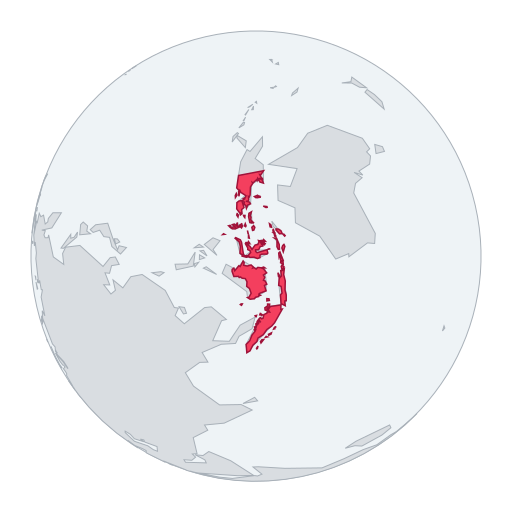 the Earth from above Indonesia, rotated 257°
{"feature_id": "IDN", "entity_name": "Indonesia", "entity_type": "country or territory", "adm_level": 0, "iso_a3": "IDN", "parent_name": "Asia", "parent_adm1": "", "projection": "orthographic", "projection_center": [119.503, -2.501], "detail": "fine", "context": "on_globe", "style": "filled", "palette": "rose", "viewbox_px": 512, "rotation_deg": 257, "n_neighbors": 0, "source": "natural_earth", "source_scale": "50m", "svg_char_len": 13326}
<svg xmlns="http://www.w3.org/2000/svg" viewBox="0 0 512 512"><g transform="rotate(257 256 256)"><circle cx="256" cy="256" r="225" fill="#eef3f6" stroke="#a8b0b8"/><path d="M444.4,313.6L444.1,315.3L443.9,315.5L444.4,313.6ZM372.3,63.1L380.8,68.7L383.1,71.6L375.9,65.4L371.5,62.7L370.8,62.7L366.2,60.1L363.2,58.9L357.8,55.9L354.0,53.3L350.4,51.6L350.1,51.9L344.5,49.7L345.5,49.4L335.8,45.8L328.5,42.7L343.6,48.4L358.2,55.2L372.3,63.1ZM468.2,182.2L466.4,177.2L467.7,180.1L468.2,182.2ZM465.1,174.3L465.8,176.0L465.2,174.6L465.1,174.3ZM464.5,173.5L465.0,174.1L464.7,173.9L464.5,173.5ZM464.0,173.0L464.3,173.2L464.0,173.0ZM462.5,170.7L462.0,170.0L462.1,169.5L462.5,170.7ZM378.3,66.8L376.9,65.9L378.3,66.8ZM363.7,59.2L365.2,60.2L363.0,59.2L363.7,59.2ZM352.8,54.0L348.8,52.5L352.2,53.6L352.8,54.0ZM346.0,51.3L336.4,48.3L338.9,50.0L326.4,44.2L338.7,48.3L342.5,49.1L342.8,49.8L346.0,51.3ZM321.0,41.8L318.1,41.0L320.4,41.4L321.0,41.8ZM62.8,140.1L63.4,139.6L76.5,120.7L75.5,121.1L87.3,106.7L89.0,104.8L91.1,105.2L93.9,102.0L98.6,95.3L105.3,89.6L101.0,92.7L98.1,95.7L95.4,98.1L97.8,95.6L100.1,93.4L100.6,92.9L114.7,80.5L129.9,69.3L145.9,59.5L162.7,51.0L157.6,53.4L162.2,51.2L160.6,52.1L168.2,48.8L167.5,49.3L176.1,45.6L176.1,45.9L170.6,48.2L181.9,44.6L184.1,45.1L187.0,44.1L189.5,43.0L190.7,44.9L192.8,44.1L193.2,43.2L197.7,41.2L206.0,38.9L205.9,39.6L202.9,40.6L196.5,44.2L188.5,47.3L189.4,47.4L196.3,45.0L204.1,40.5L209.1,38.9L206.2,40.7L207.7,39.9L210.2,39.4L212.6,39.8L216.1,37.9L243.5,34.1L250.8,35.4L245.2,36.8L264.3,37.4L271.1,40.3L271.5,39.2L280.9,39.7L278.9,38.7L279.8,38.2L303.0,40.9L308.4,42.7L318.8,44.0L319.0,43.7L315.6,42.3L326.4,44.2L338.9,50.0L337.8,50.4L346.4,54.4L342.7,55.2L343.6,58.2L334.6,57.8L336.1,60.8L339.3,62.1L343.8,67.8L341.9,76.1L329.3,63.4L329.4,53.1L328.1,56.4L324.2,54.1L321.2,54.6L320.6,57.5L323.2,58.7L300.7,58.3L291.0,66.8L301.9,68.1L307.4,72.5L305.9,86.8L280.2,104.6L287.2,113.5L286.7,118.7L278.6,120.8L279.1,113.1L272.1,109.4L273.6,105.1L260.7,107.0L262.3,101.1L251.6,106.1L254.2,111.3L264.9,111.3L254.9,119.1L264.0,129.4L263.6,140.9L242.9,159.8L224.2,164.8L222.7,168.7L216.1,163.8L206.1,170.9L217.3,194.3L216.5,201.0L200.8,212.9L200.7,207.9L183.2,194.8L178.9,210.8L192.2,225.0L196.7,241.4L186.0,235.8L181.6,221.4L175.4,216.4L177.8,202.3L174.1,181.8L163.4,185.3L165.0,177.2L158.2,160.9L143.3,165.8L119.1,187.0L114.6,208.1L106.8,217.6L100.3,187.4L102.9,167.8L97.1,169.8L93.2,154.0L76.7,154.1L77.4,149.4L73.6,151.9L71.4,147.5L73.7,140.0L70.9,140.9L65.6,161.0L68.9,160.3L76.0,152.0L73.5,159.5L76.1,166.0L62.2,185.3L42.7,204.4L46.0,188.9L58.0,149.4L60.5,144.8L60.8,144.4L61.3,143.5L57.0,150.9L60.9,143.5L48.8,170.5L44.6,182.9L42.3,205.4L41.3,208.0L42.1,212.7L51.1,205.6L50.1,210.9L42.6,236.4L34.7,272.7L38.7,296.2L43.2,316.7L44.9,331.3L51.5,347.1L53.3,353.2L57.9,362.3L63.2,372.3L66.3,377.5L57.8,363.1L50.4,348.2L44.2,332.7L39.1,316.8L35.2,300.6L32.5,284.2L31.0,267.6L30.8,250.9L31.8,234.3L34.0,217.8L37.4,201.5L42.0,185.5L47.8,169.8L54.8,154.7L62.8,140.1ZM176.4,45.3L171.4,47.4L165.5,49.8L166.3,49.4L176.4,45.3ZM87.9,116.1L92.6,116.7L99.7,105.8L102.1,105.3L103.6,102.1L100.2,105.0L105.3,96.4L110.6,93.4L114.8,89.1L113.4,88.8L102.8,95.9L95.4,107.9L90.4,112.4L87.9,116.1ZM73.7,124.0L70.8,127.8L71.9,126.2L72.7,125.2L73.7,124.0ZM141.0,420.8L145.7,423.5L143.3,423.8L141.0,420.8ZM53.0,311.7L61.3,348.2L58.3,348.8L53.2,338.4L47.0,316.4L48.9,309.7L48.6,299.7L53.0,311.7ZM253.9,283.7L260.9,285.3L260.7,286.3L253.9,283.7ZM246.6,279.4L254.5,280.3L245.3,281.6L246.6,279.4ZM257.6,280.8L265.7,279.4L269.2,278.0L268.6,280.1L257.6,280.8ZM241.2,279.1L212.5,276.9L201.4,273.4L203.9,269.6L222.0,271.7L241.2,279.1ZM203.0,269.4L186.1,257.7L164.0,225.6L171.9,226.3L195.2,246.1L193.7,249.3L203.9,258.5L203.0,269.4ZM244.4,252.0L242.8,262.0L226.9,259.9L219.7,257.8L214.8,244.7L217.5,238.4L223.4,239.0L246.7,219.1L254.7,225.0L247.4,233.5L254.0,242.6L244.4,252.0ZM115.2,210.1L118.6,222.9L114.5,225.0L115.2,210.1ZM256.7,205.1L246.9,213.5L256.0,202.0L256.7,205.1ZM262.4,194.2L262.8,198.8L259.1,194.0L262.4,194.2ZM222.0,174.7L215.8,175.4L215.9,172.3L223.9,169.6L222.0,174.7ZM263.1,150.9L262.1,159.8L260.5,162.7L258.2,157.0L263.1,150.9ZM214.1,35.9L202.7,38.0L194.6,40.2L190.3,42.0L191.5,40.8L203.9,37.4L214.1,35.9ZM239.8,34.0L243.5,33.1L245.2,33.4L244.6,33.7L239.8,34.0ZM239.7,33.5L238.1,32.7L242.3,32.2L242.8,32.9L239.7,33.5ZM222.2,33.3L218.9,33.8L220.5,33.5L222.2,33.3ZM391.1,399.0L393.2,401.7L386.7,407.7L378.0,413.4L370.3,413.9L391.1,399.0ZM329.0,404.7L328.8,396.0L338.0,396.8L334.1,403.8L329.0,404.7ZM397.2,394.8L403.0,388.2L405.3,378.5L404.5,387.7L408.8,389.6L395.0,401.6L397.2,394.8ZM295.4,365.4L251.2,377.3L241.5,374.4L243.7,367.6L234.3,346.3L237.5,346.9L235.1,333.0L261.0,322.6L279.5,301.9L294.2,304.8L305.2,290.0L320.4,293.0L316.0,305.1L331.9,315.7L342.5,288.8L352.3,320.8L364.0,334.0L367.3,354.9L346.8,386.1L334.9,390.9L332.6,387.2L327.7,390.1L320.0,387.4L315.6,375.4L310.8,378.3L315.4,370.4L308.4,377.0L304.4,369.3L295.4,365.4ZM404.3,326.8L406.6,328.2L410.1,334.8L406.5,332.8L404.3,326.8ZM438.7,318.3L439.6,321.3L437.3,321.2L438.7,318.3ZM443.9,315.5L441.2,315.6L444.4,313.6L443.9,315.5ZM416.3,311.3L417.4,313.5L416.5,314.0L416.3,311.3ZM415.4,310.4L416.8,307.6L416.5,310.7L415.4,310.4ZM404.6,291.1L406.0,289.8L406.6,291.2L404.6,291.1ZM271.3,286.4L281.0,279.3L286.4,279.2L271.3,286.4ZM402.6,287.3L399.2,286.3L399.5,284.7L402.6,287.3ZM402.8,283.6L402.5,281.2L404.6,287.1L402.8,283.6ZM396.2,277.1L400.4,282.0L395.7,277.5L396.2,277.1ZM393.7,277.1L390.6,274.7L390.8,274.1L393.7,277.1ZM359.2,273.7L370.7,289.1L361.5,287.1L351.2,277.1L343.3,283.6L325.3,279.7L329.4,275.5L326.9,267.9L308.4,262.6L304.7,257.5L311.2,255.2L299.0,250.0L312.3,249.5L317.8,259.8L325.4,253.3L338.5,257.1L351.3,262.3L361.7,271.2L359.2,273.7ZM312.5,270.6L314.8,270.9L312.8,273.6L312.5,270.6ZM384.7,268.1L389.2,273.8L388.7,274.9L386.5,273.7L384.7,268.1ZM364.0,270.0L375.2,264.0L377.8,264.7L370.4,272.4L364.0,270.0ZM372.4,258.4L377.6,260.5L380.4,265.5L379.3,266.5L372.4,258.4ZM285.4,258.6L284.8,261.2L281.4,258.7L285.4,258.6ZM289.8,257.5L300.2,261.5L288.8,259.6L289.8,257.5ZM258.7,245.2L261.6,251.7L271.1,248.6L263.9,253.7L270.4,264.6L268.2,268.3L261.8,256.5L259.6,267.9L255.5,267.3L253.1,257.2L257.3,245.6L261.4,241.0L278.5,240.6L258.7,245.2ZM289.7,249.8L286.9,242.3L289.0,237.7L292.0,241.8L289.7,249.8ZM279.0,224.4L272.0,215.6L265.4,218.1L278.9,208.2L283.4,218.2L279.0,224.4ZM273.3,206.2L267.1,208.3L273.6,202.5L273.3,206.2ZM265.7,205.6L265.2,200.0L269.9,201.2L265.7,205.6ZM276.5,206.8L277.9,197.6L280.2,203.3L276.5,206.8ZM263.6,187.8L273.5,197.6L260.3,192.6L260.5,175.2L266.2,175.3L263.6,187.8ZM300.3,126.4L299.3,122.0L304.7,121.8L303.8,124.8L300.3,126.4ZM321.3,118.9L305.8,120.4L293.2,122.5L296.8,124.9L293.4,131.7L288.4,124.4L297.6,117.7L307.1,117.5L309.1,112.1L316.3,109.5L315.6,102.6L319.0,100.4L322.5,106.8L321.3,118.9ZM314.9,99.8L316.3,89.0L326.1,92.2L328.0,95.3L323.2,98.7L318.3,96.7L314.9,99.8ZM319.5,87.5L314.8,85.7L306.8,70.1L307.6,67.8L318.8,80.4L315.0,79.5L315.2,83.0L319.5,87.5ZM318.7,41.4L318.2,41.0L320.4,41.8L318.7,41.4ZM278.4,37.7L280.0,37.3L282.6,37.9L278.4,37.7ZM285.8,36.7L281.8,36.2L286.1,36.4L285.8,36.7ZM272.9,35.4L280.3,35.8L273.2,36.0L272.9,35.4Z" fill="#d9dde1" stroke="#a8b0b8" stroke-width="1"/><path d="M217.4,238.4L217.5,240.0L220.8,242.9L225.8,242.3L228.5,240.1L232.9,241.4L236.4,240.5L237.5,237.4L239.0,236.3L238.8,234.8L240.1,234.3L241.0,229.8L246.6,229.2L248.4,229.8L249.2,231.7L246.4,232.0L250.4,237.1L249.3,238.2L254.0,242.3L252.2,243.0L249.7,241.9L248.2,245.2L248.4,249.2L245.8,251.0L245.1,250.3L245.2,251.4L243.3,253.2L244.5,255.2L243.3,258.5L242.5,259.3L242.1,260.3L237.2,262.6L235.8,258.9L233.3,259.8L230.7,257.8L229.6,259.3L226.1,260.2L225.4,257.6L219.8,258.0L218.8,251.3L218.0,250.3L215.9,249.5L215.9,246.2L214.7,244.9L215.2,240.5L217.4,238.4ZM163.8,225.3L172.1,226.5L174.8,230.8L179.9,234.3L182.8,238.1L184.1,239.0L183.9,237.9L184.7,237.8L186.3,240.0L188.3,241.0L189.7,243.3L192.1,244.3L190.3,245.7L193.3,244.5L194.5,245.4L195.0,246.4L193.6,247.3L193.7,248.8L197.2,250.6L197.8,253.7L199.0,254.7L198.3,256.7L201.1,255.8L203.6,258.6L202.7,269.3L198.5,268.2L198.4,269.7L186.8,259.1L184.2,255.5L181.9,250.0L177.7,245.4L175.6,239.5L172.4,237.6L169.8,232.9L164.9,228.8L163.8,225.3ZM338.4,257.1L337.4,282.6L334.1,279.0L334.6,277.9L330.0,279.1L330.9,276.5L329.7,275.2L330.1,275.0L330.8,275.1L331.2,275.0L329.2,274.0L330.2,273.7L327.8,269.5L328.4,269.0L327.4,269.1L324.5,266.1L316.8,264.0L314.8,262.5L315.6,262.0L312.2,261.5L311.1,260.1L311.7,258.5L310.0,261.8L308.1,262.4L307.5,259.4L304.6,257.4L307.5,257.4L309.3,256.0L311.2,256.8L312.1,254.7L305.9,255.2L304.5,252.5L300.9,252.0L301.9,249.7L306.3,247.8L312.3,249.4L313.4,251.8L313.1,255.6L314.1,257.6L314.7,256.5L315.7,259.1L317.0,259.8L321.4,255.5L324.0,254.9L324.2,253.9L326.7,252.5L338.4,257.1ZM278.5,240.3L275.3,244.4L272.7,245.0L260.2,244.1L258.7,245.1L258.2,248.4L260.6,251.6L262.5,251.4L264.1,249.4L265.7,249.8L270.4,248.4L271.4,249.2L271.2,250.1L269.4,249.7L266.8,252.3L263.3,253.6L266.9,257.6L266.8,260.4L269.1,262.2L269.2,263.4L266.2,264.0L265.9,265.2L264.2,264.9L264.3,262.3L261.5,260.0L262.1,257.0L260.5,256.7L259.0,257.8L259.6,268.1L256.2,268.2L255.4,267.1L256.5,262.0L255.9,260.0L253.5,259.5L253.2,256.9L255.3,253.8L256.0,249.7L256.8,248.8L257.3,249.6L256.9,246.5L259.0,242.4L260.3,242.8L262.2,241.0L269.1,242.9L273.4,242.9L278.0,239.6L278.5,240.3ZM204.0,269.7L212.6,271.1L214.0,273.0L220.7,273.6L222.3,271.5L228.9,273.5L230.8,276.3L236.2,276.8L236.1,279.2L236.9,280.6L231.7,278.8L225.0,278.9L216.4,276.6L211.2,276.7L205.6,275.4L205.8,274.1L204.5,273.6L201.0,273.3L204.0,269.7ZM288.2,242.9L291.9,240.1L292.0,242.0L290.3,243.4L292.8,245.5L289.2,244.4L288.8,245.1L290.9,249.8L288.1,247.2L287.1,241.8L287.8,239.0L289.4,237.6L289.3,241.0L288.2,242.9ZM296.0,257.6L299.2,258.7L300.1,261.5L296.4,259.4L294.9,259.9L292.6,259.0L291.2,259.8L289.7,258.7L288.8,260.0L290.0,257.5L296.0,257.6ZM268.7,280.0L262.0,281.2L257.2,280.3L257.4,279.2L260.3,278.5L267.0,280.1L269.3,278.0L268.7,280.0ZM249.2,278.2L253.8,278.8L254.6,280.2L245.5,281.5L245.6,279.7L246.9,279.0L250.0,280.4L251.1,279.9L249.2,278.2ZM277.0,281.3L277.9,281.7L277.1,284.1L275.0,286.0L272.0,286.6L272.3,283.9L277.0,281.3ZM203.6,253.0L204.8,256.1L206.6,256.5L206.0,258.5L203.5,257.5L202.6,255.0L200.1,254.5L201.4,252.7L203.6,253.0ZM328.7,279.2L325.4,279.6L327.2,276.4L329.7,275.7L330.5,277.0L328.7,279.2ZM258.0,283.0L260.1,284.3L261.0,285.8L258.9,286.3L253.9,283.5L258.0,283.0ZM284.8,258.4L286.2,260.5L284.1,261.3L281.7,259.7L281.8,258.4L284.8,258.4ZM240.2,278.2L241.2,279.2L239.1,280.9L236.4,278.3L240.2,278.2ZM245.2,278.9L244.7,281.1L241.8,280.7L243.9,278.4L245.2,278.9ZM212.0,257.0L211.4,259.0L209.7,259.0L209.8,256.5L212.0,257.0ZM314.3,267.8L314.8,271.2L313.7,271.4L312.7,270.3L312.9,268.9L314.3,267.8ZM234.8,273.6L231.2,274.6L229.6,274.0L230.9,273.3L234.8,273.6ZM270.0,263.4L269.6,266.4L270.4,267.1L268.3,268.4L269.1,264.3L270.0,263.4ZM171.6,241.1L173.2,243.0L172.8,244.6L170.1,241.3L171.6,241.1ZM177.7,253.8L176.5,253.1L175.9,250.6L176.9,250.5L177.7,253.8ZM301.7,277.8L300.9,277.8L301.0,276.6L303.0,274.3L301.7,277.8ZM300.2,246.4L302.2,247.5L299.4,246.7L300.5,247.7L299.9,248.1L298.0,247.2L300.2,246.4ZM275.3,252.7L278.8,253.6L274.9,253.5L275.3,252.7ZM268.3,266.9L266.9,267.1L267.2,264.9L268.5,264.3L268.3,266.9ZM317.6,249.1L319.6,249.4L321.4,250.9L319.6,251.2L317.6,249.1ZM284.4,276.4L283.1,277.5L280.5,277.6L281.2,276.3L284.4,276.4ZM314.1,271.8L313.2,273.4L312.3,273.3L312.5,270.8L314.1,271.8ZM289.9,252.8L287.6,253.1L286.9,252.5L287.9,251.5L289.9,252.8ZM318.0,252.8L320.7,253.1L323.3,253.7L320.8,254.0L318.0,252.8ZM269.4,250.8L271.7,251.9L270.4,252.5L270.3,251.3L269.3,252.4L269.4,250.8ZM291.0,238.2L290.1,237.3L291.6,236.1L291.7,237.6L291.0,238.2ZM275.7,278.2L277.6,278.3L277.9,278.9L275.0,279.2L275.7,278.2ZM298.4,253.0L298.0,254.4L296.0,253.7L297.0,253.2L298.4,253.0ZM243.5,261.0L242.5,261.9L243.3,259.0L243.5,261.0ZM287.6,247.5L288.8,249.5L288.4,249.7L286.6,248.2L287.6,247.5ZM167.9,237.7L165.6,236.6L165.3,235.9L165.9,235.7L167.9,237.7ZM212.4,231.9L211.2,230.8L212.2,229.8L212.7,230.7L212.4,231.9ZM300.9,251.5L300.1,251.3L299.6,250.1L301.0,250.0L300.9,251.5ZM192.0,243.2L190.1,243.2L190.2,242.3L192.0,243.2ZM187.2,238.5L187.2,239.6L186.4,239.8L186.1,238.7L187.2,238.5ZM273.2,278.7L271.7,279.8L270.5,279.7L271.1,278.7L273.2,278.7ZM269.3,289.0L268.9,288.4L270.9,287.3L271.1,288.0L269.3,289.0ZM279.6,253.3L282.8,253.4L279.1,253.5L279.6,253.3ZM198.0,241.7L198.0,243.2L196.8,242.5L197.2,241.9L198.0,241.7ZM217.8,250.4L216.7,251.3L216.8,250.2L217.8,250.4ZM182.6,258.5L182.6,259.8L181.6,257.7L182.6,258.5ZM197.8,246.4L199.6,247.6L197.5,247.2L197.8,246.4ZM265.9,267.6L265.0,266.8L265.4,266.1L265.9,266.5L265.9,267.6ZM175.4,247.8L174.6,248.9L174.6,246.8L175.4,247.8ZM189.9,242.7L189.3,242.4L189.2,241.1L189.9,241.8L189.9,242.7ZM285.0,229.4L284.2,230.3L284.4,228.4L285.0,229.4ZM274.4,278.4L274.0,279.7L273.2,279.4L274.4,278.4ZM190.0,240.7L190.1,241.4L188.4,240.3L190.0,240.7ZM196.8,248.3L198.0,248.3L197.2,249.1L196.8,248.3ZM192.6,243.1L190.9,242.5L191.0,242.0L192.0,242.4L192.6,243.1ZM270.5,261.9L270.0,262.8L269.6,262.0L270.5,261.9ZM290.5,260.1L289.1,261.1L288.9,260.8L290.5,260.1ZM330.0,279.7L328.9,279.6L328.8,279.3L329.7,278.8L330.0,279.7ZM260.1,269.6L259.8,271.6L259.8,268.9L260.1,269.6ZM181.6,257.3L180.9,257.8L180.8,256.7L181.6,257.3Z" fill="#f43f5e" stroke="#9f1239" stroke-width="1.5"/></g></svg>